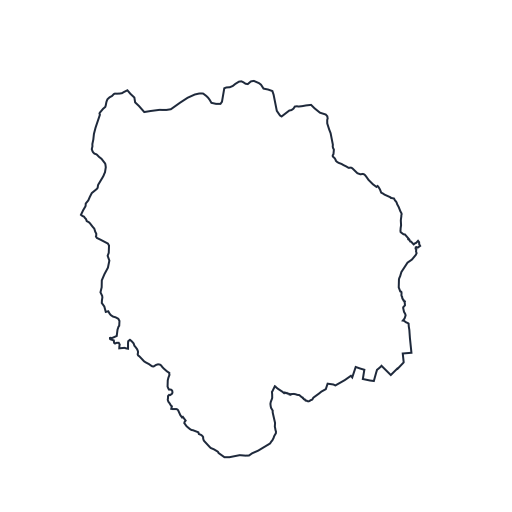 Soimi, Bihor, Romania, rotated 166°
{"feature_id": "2599482B68730254025717", "entity_name": "Soimi", "entity_type": "district", "adm_level": 2, "iso_a3": "ROU", "parent_name": "Romania", "parent_adm1": "Bihor", "projection": "albers", "projection_center": [22.142, 46.656], "detail": "fine", "context": "isolated", "style": "outline", "palette": "slate", "viewbox_px": 512, "rotation_deg": 166, "n_neighbors": 0, "source": "geoboundaries", "source_scale": "gbopen_adm2", "svg_char_len": 6117}
<svg xmlns="http://www.w3.org/2000/svg" viewBox="0 0 512 512"><g transform="rotate(166 256 256)"><path d="M209.7,421.0L211.3,423.0L215.7,426.4L217.7,426.6L218.8,426.6L222.4,424.8L224.5,425.7L226.2,427.6L227.9,429.0L230.3,429.3L234.4,428.0L237.4,426.6L240.6,426.1L244.0,426.7L246.2,426.4L251.7,413.9L253.7,412.2L258.0,413.3L262.2,415.4L263.2,418.8L264.2,421.2L265.5,423.3L267.9,426.3L269.1,426.8L271.8,427.4L276.3,427.5L284.0,426.1L292.4,423.2L303.1,419.0L307.6,419.4L314.6,421.2L323.3,422.2L329.6,422.7L333.3,429.9L336.1,434.3L335.7,439.2L338.6,443.7L340.7,447.9L344.8,447.0L346.6,446.4L349.0,446.6L352.0,447.2L353.6,447.7L354.8,447.5L357.0,446.1L359.7,445.4L362.1,444.1L363.0,443.0L363.9,441.6L365.4,438.4L366.2,437.1L368.8,435.8L372.9,432.8L373.4,432.1L373.3,430.8L380.6,419.4L383.7,413.7L385.7,408.3L387.7,404.2L388.2,401.9L389.5,399.4L389.3,397.2L389.0,396.1L388.5,395.2L388.0,394.4L386.3,393.3L385.8,392.7L384.3,390.1L382.4,387.7L380.0,382.2L380.0,380.9L380.3,378.4L382.3,373.7L383.3,372.5L384.5,370.8L385.9,369.3L391.8,363.4L392.3,362.6L393.0,360.8L393.5,360.1L394.4,359.5L400.1,356.8L402.9,353.6L405.3,350.5L408.5,348.1L409.2,345.9L409.7,345.2L412.5,342.4L415.9,338.3L414.9,337.0L414.4,336.5L414.1,336.4L413.3,335.7L412.9,334.5L412.0,332.9L411.8,330.8L410.0,329.2L409.2,327.9L407.4,323.8L406.3,321.7L406.1,318.4L405.6,316.3L406.0,314.7L406.6,313.6L406.0,312.0L402.9,309.4L396.7,303.9L396.1,301.7L398.1,294.7L399.9,292.1L399.4,287.0L402.5,280.5L407.4,275.1L411.5,269.7L413.3,263.0L415.7,258.4L414.9,254.5L415.1,252.9L416.2,250.3L417.0,247.7L415.4,243.7L415.3,238.1L412.7,238.1L412.0,235.5L411.2,233.8L409.4,231.8L407.1,230.5L404.8,228.4L404.2,226.0L405.6,221.4L406.5,220.7L408.2,218.0L410.5,212.1L414.5,211.4L416.3,211.2L416.8,211.8L417.5,211.8L417.7,211.1L417.6,210.6L417.0,210.1L414.4,208.5L414.7,206.1L414.0,205.2L413.6,205.2L412.5,205.5L410.2,205.0L409.7,203.1L410.5,201.2L411.0,199.5L405.8,198.7L404.2,197.7L402.6,197.0L401.3,202.2L400.7,204.0L400.4,204.4L399.8,204.5L399.0,205.1L398.6,205.2L398.4,205.0L397.1,203.1L395.9,200.8L395.7,198.3L395.2,197.4L394.0,194.6L393.8,193.7L393.6,192.0L393.9,190.7L394.5,189.5L394.6,189.0L394.4,188.0L393.4,186.8L390.1,180.9L388.8,179.5L386.0,177.0L383.7,174.3L382.6,173.7L382.0,173.6L379.3,174.5L377.3,174.6L376.4,174.3L375.3,173.7L374.5,172.7L373.9,171.2L372.8,169.2L370.3,165.6L368.4,163.6L368.7,162.6L368.7,161.6L370.4,159.2L371.7,156.7L373.4,150.7L373.1,148.6L372.7,147.4L371.8,147.3L370.7,146.8L370.0,145.8L369.9,145.2L370.1,143.7L370.7,142.8L371.2,142.5L373.0,141.8L373.8,141.9L374.0,142.2L374.7,141.8L375.2,141.4L375.5,140.5L375.8,139.2L376.2,138.5L376.4,137.9L376.4,136.9L376.2,135.6L375.5,134.1L374.7,131.4L374.0,130.5L375.2,128.2L374.1,127.7L370.8,126.9L370.0,126.6L369.3,125.9L368.9,125.2L367.9,119.8L366.8,117.2L365.9,117.6L364.1,113.3L365.5,112.2L366.0,111.2L364.5,107.5L362.0,104.1L361.4,103.5L360.7,102.8L359.3,102.2L354.6,98.9L354.5,97.1L352.6,95.7L352.1,95.1L351.5,94.2L351.1,93.1L351.4,91.8L351.4,90.8L351.4,90.3L351.1,89.1L347.2,82.0L346.4,80.7L343.6,78.6L340.6,75.6L340.2,75.0L340.0,73.9L335.3,68.4L330.3,67.2L320.0,66.7L314.4,64.8L311.1,64.1L307.5,65.5L301.0,66.6L287.7,70.7L286.0,72.3L284.8,73.1L282.8,75.4L282.3,76.3L281.6,77.2L279.6,79.2L279.1,80.8L279.2,82.6L279.1,83.3L279.0,85.9L277.9,89.4L277.7,99.0L277.6,100.6L277.2,101.9L278.1,104.9L278.1,106.5L277.8,109.0L277.0,110.8L275.2,113.4L274.6,114.4L274.4,115.3L273.8,117.8L273.4,120.3L272.8,120.8L269.2,125.1L268.7,124.6L268.2,123.6L266.9,121.9L263.3,118.0L261.9,116.1L261.0,116.6L260.5,116.0L259.9,115.6L259.2,115.7L258.8,115.0L258.6,114.8L257.7,114.6L257.3,114.2L257.1,113.5L256.8,113.5L256.4,113.7L255.9,113.1L255.6,113.4L255.3,113.5L252.6,113.0L250.9,112.2L249.6,111.3L247.7,110.6L247.2,110.0L245.9,108.1L245.0,107.4L245.0,106.8L244.6,106.6L244.4,106.2L244.3,105.5L243.3,105.0L243.1,104.1L242.9,103.7L241.9,103.5L241.4,102.8L240.4,102.3L239.1,102.3L238.0,102.9L237.0,102.9L236.2,103.1L235.7,103.5L234.8,104.5L234.3,104.8L227.9,107.4L225.4,108.6L220.5,109.9L217.4,114.8L212.0,112.6L210.3,111.2L199.9,114.1L192.9,116.8L192.0,114.9L186.1,124.2L182.3,121.7L178.4,119.4L182.1,110.8L175.5,107.6L171.9,106.2L167.6,113.8L166.1,116.3L164.1,117.2L161.6,118.5L160.8,119.1L154.0,107.9L146.1,112.6L145.9,112.3L138.8,116.8L138.4,117.2L137.2,125.9L128.6,124.5L126.5,139.2L125.1,147.2L124.8,150.7L124.3,153.5L124.8,154.1L126.6,155.5L128.0,157.3L129.1,157.8L127.0,159.4L126.0,160.9L125.2,162.2L125.2,163.1L125.3,164.0L125.9,166.0L125.8,169.7L125.6,170.6L123.4,172.1L123.1,173.8L123.0,175.2L122.5,175.8L122.6,176.1L123.5,176.7L123.5,177.7L124.0,178.1L124.1,178.5L124.0,179.3L124.3,179.8L124.1,181.1L124.3,181.4L124.4,182.7L123.7,185.0L123.7,186.2L124.6,186.7L125.1,191.0L122.9,198.9L122.1,200.2L121.1,201.4L118.8,205.3L110.6,212.9L105.6,214.8L100.7,218.4L99.5,219.9L99.6,221.8L98.9,223.6L99.4,224.5L98.9,225.8L98.2,225.9L97.0,225.0L94.3,226.1L94.8,227.9L94.4,229.9L95.1,231.5L97.4,230.0L98.5,229.9L100.2,229.1L102.1,232.5L102.8,232.7L103.4,234.5L103.2,234.7L103.3,235.1L104.1,235.2L104.3,235.6L104.0,236.4L106.3,240.9L107.3,241.2L107.8,241.6L109.6,243.8L109.9,244.3L109.7,245.7L109.4,246.5L108.9,248.1L107.8,250.7L106.9,255.4L106.4,256.8L105.4,259.3L105.1,260.4L104.6,261.3L104.5,262.1L105.1,264.5L105.7,269.0L106.5,272.1L106.6,273.6L106.9,274.9L107.7,276.3L108.2,278.4L111.2,279.8L111.3,280.4L116.5,284.5L117.5,285.7L119.2,287.2L119.6,290.4L119.8,291.2L120.5,293.4L121.1,294.5L122.4,293.9L125.2,297.3L128.4,302.6L129.9,306.5L130.7,308.2L131.4,309.1L132.5,309.8L134.9,310.0L137.6,311.8L141.2,317.6L142.0,318.5L143.3,319.0L144.5,319.0L145.0,319.3L146.7,321.0L149.2,323.1L150.7,324.6L153.3,326.4L154.6,327.7L155.5,329.1L155.5,330.2L156.0,331.8L157.4,334.0L157.2,335.1L156.2,336.1L155.1,339.2L154.7,340.5L155.1,342.1L155.1,343.5L154.5,345.4L153.9,357.1L154.4,361.1L154.8,367.4L154.0,370.8L153.2,372.1L153.0,374.3L154.1,376.4L159.3,379.6L163.5,385.2L166.0,389.3L171.1,390.0L174.7,390.2L178.5,390.7L180.1,391.4L182.2,391.6L184.0,389.9L186.3,389.0L188.5,389.1L197.4,385.2L198.7,386.5L200.7,391.8L199.9,408.3L200.2,412.1L204.0,414.6L208.2,416.6L209.7,421.0Z" fill="none" stroke="#1e293b" stroke-width="2"/></g></svg>